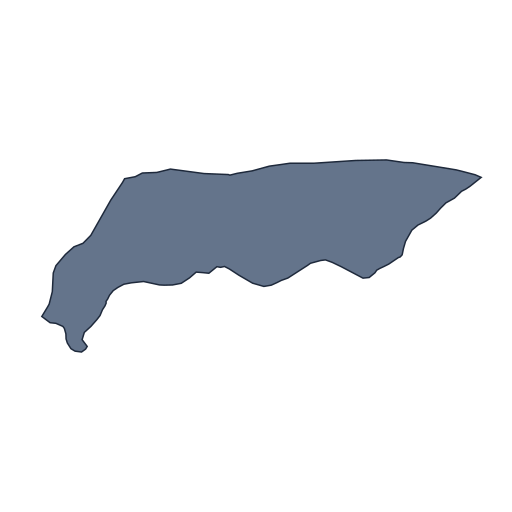 outline of Bassa, Kogi, Nigeria, rotated 20°
{"feature_id": "59680162B66680936539808", "entity_name": "Bassa", "entity_type": "district", "adm_level": 2, "iso_a3": "NGA", "parent_name": "Nigeria", "parent_adm1": "Kogi", "projection": "albers", "projection_center": [7.028, 7.745], "detail": "fine", "context": "isolated", "style": "filled", "palette": "slate", "viewbox_px": 512, "rotation_deg": 20, "n_neighbors": 0, "source": "geoboundaries", "source_scale": "gbopen_adm2", "svg_char_len": 1561}
<svg xmlns="http://www.w3.org/2000/svg" viewBox="0 0 512 512"><g transform="rotate(20 256 256)"><path d="M440.7,105.1L434.1,104.7L420.2,106.0L414.6,106.6L371.3,114.8L363.1,117.5L345.8,121.1L317.1,132.1L278.5,149.1L256.2,157.2L254.5,158.1L248.2,161.5L237.8,167.0L223.3,177.3L210.1,184.7L203.7,189.0L202.2,188.9L179.0,196.3L162.6,199.9L145.8,203.6L143.2,205.4L134.2,211.4L120.8,216.9L115.4,222.8L106.1,228.3L105.4,232.6L100.4,253.2L93.7,293.1L89.1,303.2L81.8,309.6L76.4,319.7L71.3,333.5L71.3,341.3L76.8,359.2L78.1,372.0L77.6,375.1L75.4,386.1L85.3,389.1L91.0,387.7L98.6,388.2L100.7,389.6L104.0,394.2L105.9,398.9L108.5,402.3L113.8,406.4L118.5,407.3L124.9,405.9L127.7,401.8L128.3,398.7L121.2,394.1L120.8,386.5L124.9,378.7L128.2,370.3L129.8,365.3L130.1,359.0L131.1,354.7L131.3,351.6L130.6,349.9L131.3,347.3L131.6,344.4L131.8,342.8L133.7,337.3L137.0,332.7L141.5,327.7L147.9,323.9L159.1,318.4L175.2,316.2L179.7,314.8L187.4,311.8L195.1,307.2L201.0,299.3L205.3,291.6L211.4,289.9L217.6,288.3L222.9,279.4L226.5,278.8L230.0,276.6L235.4,277.3L246.5,279.9L262.1,282.7L273.8,281.9L280.3,278.2L284.8,273.8L288.1,270.3L293.5,265.8L307.7,247.1L309.6,244.3L310.1,243.9L318.3,238.1L322.6,235.9L329.8,235.9L339.9,236.9L364.1,240.2L369.7,237.5L373.5,231.1L374.3,228.0L376.6,225.3L379.7,222.2L383.5,218.2L390.3,208.8L391.8,207.6L392.9,205.0L392.8,203.9L392.0,198.5L391.5,191.1L393.6,178.4L397.6,171.5L403.8,165.0L407.1,160.7L410.7,154.0L413.0,148.1L416.3,141.1L422.7,133.7L427.0,124.9L430.3,121.3L433.3,117.2L440.7,105.1Z" fill="#64748b" stroke="#1e293b" stroke-width="1.5"/></g></svg>